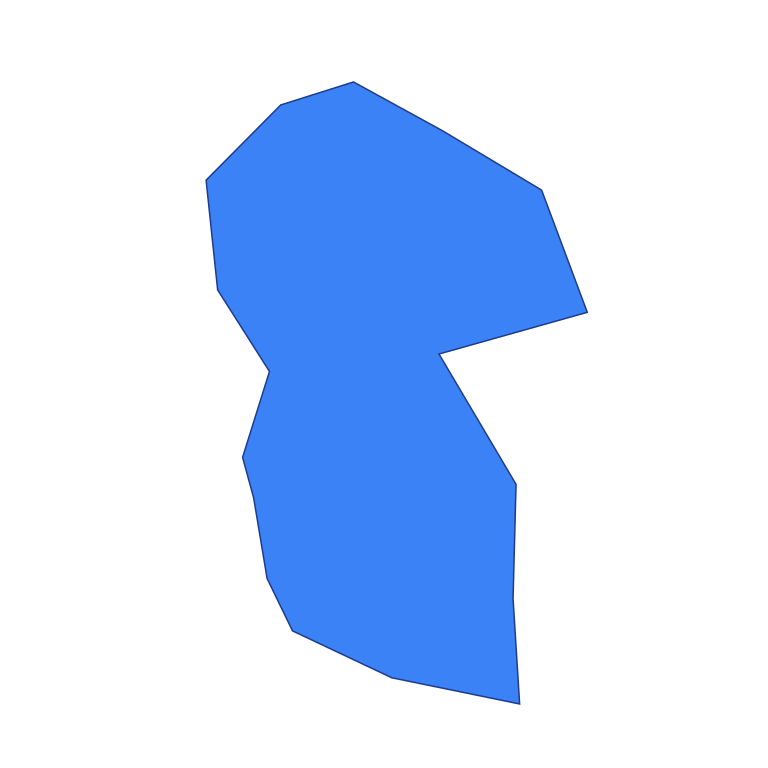 SVG path tracing the border of Domagnano, rotated 110°
{"feature_id": "SMR-4887", "entity_name": "Domagnano", "entity_type": "state/province", "adm_level": 1, "iso_a3": "SMR", "parent_name": "San Marino", "parent_adm1": "", "projection": "equal_earth", "projection_center": [12.471, 43.949], "detail": "fine", "context": "isolated", "style": "filled", "palette": "blue", "viewbox_px": 768, "rotation_deg": 110, "n_neighbors": 0, "source": "natural_earth", "source_scale": "10m", "svg_char_len": 387}
<svg xmlns="http://www.w3.org/2000/svg" viewBox="0 0 768 768"><g transform="rotate(110 384 384)"><path d="M638.3,147.1L657.4,276.1L647.3,385.5L606.8,427.3L535.5,467.6L501.3,491.8L411.4,495.9L352.5,572.5L253.3,620.9L157.1,576.5L110.6,516.0L126.1,415.2L147.9,302.2L247.1,217.5L337.0,342.6L433.1,225.6L541.6,189.3L638.3,147.1Z" fill="#3b82f6" stroke="#1e3a8a" stroke-width="1.5"/></g></svg>